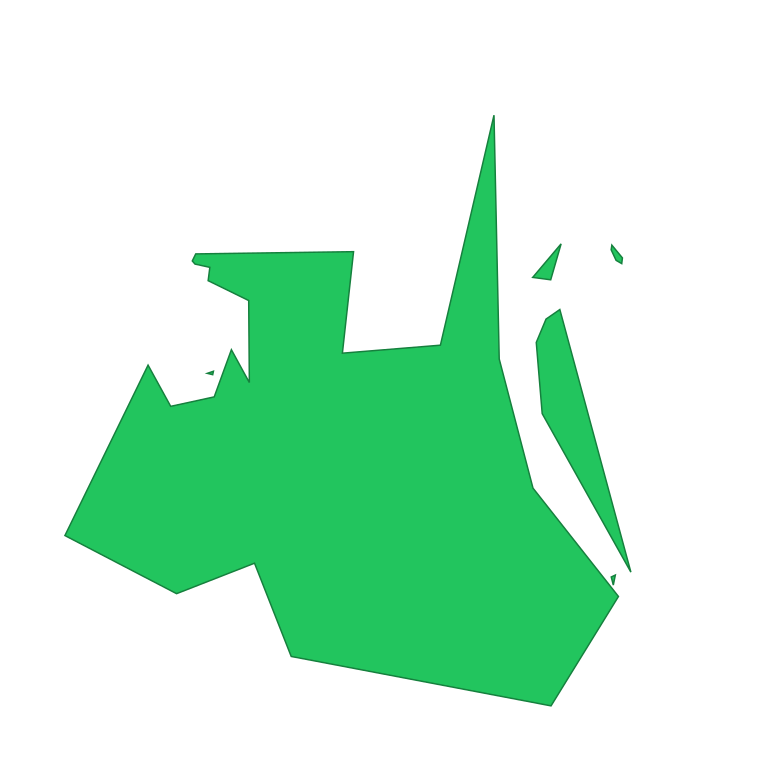 outline of Québec, rotated 282°
{"feature_id": "CAN-683", "entity_name": "Québec", "entity_type": "Province", "adm_level": 1, "iso_a3": "CAN", "parent_name": "Canada", "parent_adm1": "", "projection": "robinson", "projection_center": [-69.443, 53.796], "detail": "coarse", "context": "isolated", "style": "filled", "palette": "green", "viewbox_px": 768, "rotation_deg": 282, "n_neighbors": 0, "source": "natural_earth", "source_scale": "10m", "svg_char_len": 751}
<svg xmlns="http://www.w3.org/2000/svg" viewBox="0 0 768 768"><g transform="rotate(282 384 384)"><path d="M103.9,614.3L98.2,349.9L181.8,294.6L135.8,224.7L169.4,103.4L353.4,149.3L317.8,180.0L336.1,220.6L385.8,227.6L357.4,252.0L437.5,234.3L448.5,190.5L461.9,189.4L462.0,174.2L464.5,170.9L472.1,172.8L507.1,326.7L405.5,336.9L433.7,431.1L669.8,435.7L432.4,491.5L313.1,551.4L224.9,657.5L103.9,614.3ZM251.3,664.6L387.9,544.9L456.3,524.3L481.2,529.0L493.4,540.5L251.3,664.6ZM520.6,525.4L519.2,507.3L557.9,528.1L520.6,525.4ZM242.5,646.4L245.2,650.0L235.0,650.1L242.5,646.4ZM357.7,209.0L361.0,214.5L357.5,214.5L357.7,209.0ZM567.2,578.0L556.9,591.0L551.2,591.5L553.2,585.3L562.5,578.3L567.2,578.0Z" fill="#22c55e" stroke="#15803d" stroke-width="1.5"/></g></svg>